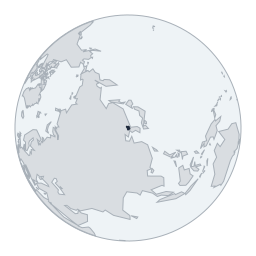 Chagang-do highlighted on a globe, orthographic projection, rotated 292°
{"feature_id": "PRK-3310", "entity_name": "Chagang-do", "entity_type": "Province", "adm_level": 1, "iso_a3": "PRK", "parent_name": "North Korea", "parent_adm1": "", "projection": "orthographic", "projection_center": [126.424, 40.896], "detail": "fine", "context": "on_globe", "style": "filled", "palette": "slate", "viewbox_px": 256, "rotation_deg": 292, "n_neighbors": 0, "source": "natural_earth", "source_scale": "10m", "svg_char_len": 11847}
<svg xmlns="http://www.w3.org/2000/svg" viewBox="0 0 256 256"><g transform="rotate(292 128 128)"><circle cx="128" cy="128" r="113" fill="#eef3f6" stroke="#a8b0b8"/><path d="M215.1,193.6L215.0,194.1L214.9,194.2L215.1,193.6ZM211.9,52.8L212.5,53.5L214.0,55.3L212.7,54.2L213.4,56.0L209.1,54.4L199.1,48.6L199.6,47.6L197.1,46.6L196.3,47.9L196.3,49.0L186.7,49.3L182.7,55.8L185.2,60.3L181.7,57.7L188.9,68.0L189.1,74.3L186.6,65.8L184.6,63.9L183.6,67.4L181.3,66.2L179.5,67.4L176.9,65.8L175.6,61.3L173.8,60.3L173.2,62.8L170.2,63.0L171.3,59.4L166.2,59.6L163.1,52.6L168.2,45.3L164.3,41.2L163.6,33.3L161.4,33.1L159.8,30.4L156.6,29.4L157.4,28.5L154.2,28.5L154.1,29.5L152.7,30.0L150.8,29.5L151.5,28.2L152.5,28.2L151.7,27.6L152.9,27.2L151.2,27.1L152.3,25.8L148.5,26.5L147.0,24.9L148.4,24.2L151.9,25.1L163.7,26.4L166.2,26.4L166.3,25.3L158.9,21.2L160.2,21.0L159.3,20.2L157.0,19.8L156.8,20.3L152.2,19.5L152.6,20.5L150.8,20.5L149.7,21.4L146.0,20.5L143.0,19.2L143.7,18.4L142.4,17.9L138.6,18.2L136.9,16.7L130.6,15.7L136.1,15.7L144.0,16.6L148.8,17.3L156.8,19.1L164.6,21.5L172.3,24.4L179.7,27.9L186.8,31.9L193.6,36.5L200.1,41.5L206.2,46.9L211.9,52.8ZM146.4,16.9L142.6,16.3L146.4,16.9ZM232.2,115.0L231.2,113.2L232.1,113.1L232.2,115.0ZM230.4,113.0L230.8,113.4L230.5,113.2L230.4,113.0ZM230.0,113.4L230.3,113.1L230.1,113.7L230.0,113.4ZM229.6,114.3L229.8,113.7L229.8,113.9L229.6,114.3ZM228.5,115.0L228.2,115.1L228.3,114.4L228.5,115.0ZM196.7,49.8L196.5,48.1L198.1,47.5L198.6,49.0L196.7,49.8ZM193.4,51.4L192.6,50.2L195.5,51.0L195.0,51.5L193.4,51.4ZM187.5,63.9L187.7,62.0L188.2,64.2L187.5,63.9ZM179.7,67.8L180.4,68.7L179.2,68.9L179.7,67.8ZM151.8,21.9L150.8,21.7L151.5,21.6L151.8,21.9ZM152.3,22.6L153.9,22.7L154.4,23.1L153.4,23.0L152.3,22.6ZM174.0,66.8L171.9,67.0L173.8,66.0L174.0,66.8ZM150.3,22.4L155.0,23.7L155.8,24.4L152.7,24.8L150.3,22.4ZM170.5,66.6L165.3,67.3L166.3,69.4L160.5,64.2L166.8,65.2L169.1,63.5L169.0,65.4L170.5,66.6ZM154.9,30.1L154.9,28.9L156.6,30.3L154.9,30.1ZM156.3,30.9L163.6,35.2L162.6,36.8L160.4,35.0L160.5,37.7L156.5,36.4L155.5,34.6L156.9,33.7L154.3,34.0L156.3,30.9ZM158.2,61.4L156.7,61.0L158.0,60.6L158.2,61.4ZM152.2,30.2L153.8,30.9L153.1,32.3L149.8,31.4L151.1,31.2L152.2,30.2ZM162.5,39.1L161.4,40.1L157.8,39.3L156.9,39.6L156.3,36.5L162.5,39.1ZM150.3,30.6L148.2,30.9L146.8,29.8L150.7,29.8L150.3,30.6ZM154.2,33.2L153.7,33.9L153.0,33.1L154.2,33.2ZM140.8,26.6L142.7,27.1L142.5,27.9L140.8,26.6ZM147.5,31.0L147.9,31.4L148.1,31.8L146.4,31.8L147.5,31.0ZM153.8,36.2L152.5,35.7L153.9,37.5L151.2,37.1L151.3,35.1L150.1,35.8L149.3,35.7L150.3,34.2L153.8,36.2ZM145.1,33.0L144.3,30.6L140.9,29.4L141.0,28.6L146.5,30.8L145.1,33.0ZM148.1,33.8L146.3,33.1L147.3,32.4L149.2,32.5L148.1,33.8ZM149.4,37.6L153.4,38.7L153.3,39.1L149.4,37.6ZM143.9,32.8L144.1,33.4L143.6,32.8L143.9,32.8ZM147.5,36.2L148.9,36.5L148.7,37.0L147.5,36.2ZM143.4,34.4L143.1,33.6L144.4,33.5L143.4,34.4ZM145.1,35.3L144.5,35.9L145.0,34.0L145.8,35.4L145.1,35.3ZM147.0,36.6L147.4,37.0L146.5,36.4L147.0,36.6ZM138.7,35.1L139.1,32.8L141.9,32.7L141.2,34.9L138.7,35.1ZM55.5,41.8L48.2,49.8L46.6,51.7L43.9,53.7L35.1,66.1L36.5,65.9L32.1,76.0L31.5,81.3L37.6,76.9L38.7,68.1L42.4,63.7L44.4,68.2L44.0,76.5L45.5,75.1L48.7,67.8L51.6,67.8L50.2,65.2L48.5,67.6L47.5,66.1L49.0,63.9L50.0,63.9L51.0,61.1L46.0,62.1L43.8,64.7L44.5,59.6L40.9,63.5L40.0,63.2L45.8,56.5L47.5,55.4L55.8,46.7L54.0,47.4L46.1,55.7L47.2,54.0L44.7,55.4L47.5,53.0L56.6,44.1L59.2,40.3L57.4,40.3L58.3,39.5L67.1,33.3L70.6,31.2L64.0,36.3L66.0,35.5L71.9,32.1L69.4,34.1L71.0,33.4L68.9,35.5L70.5,36.6L69.0,38.7L73.9,37.8L73.9,38.8L71.0,39.0L68.2,40.5L65.3,46.4L65.9,47.1L69.4,46.1L68.1,48.0L71.8,46.3L72.2,49.6L74.8,44.3L78.9,43.5L81.5,44.8L83.3,43.7L79.1,41.5L77.0,41.6L74.5,43.1L69.2,42.9L69.3,41.2L76.6,38.2L77.6,35.7L82.8,34.8L90.9,40.5L92.0,44.0L85.0,51.6L82.2,51.2L83.4,48.2L78.4,51.9L80.7,51.2L79.6,52.9L83.3,52.8L82.7,54.1L87.2,52.0L86.9,53.6L84.1,54.9L89.2,56.5L89.8,59.8L91.2,59.6L92.6,58.5L92.4,63.6L93.5,63.3L93.9,61.4L96.4,59.6L100.6,58.4L100.3,60.3L98.7,60.9L95.0,65.3L90.9,67.0L91.2,67.6L94.7,66.6L99.3,61.3L101.9,60.1L100.1,62.7L101.0,61.7L102.2,61.7L103.1,63.5L105.2,60.7L119.0,59.4L122.1,63.1L119.0,65.3L128.3,67.2L131.1,71.8L131.6,70.0L136.3,70.0L135.5,68.6L136.1,67.7L147.9,67.9L150.4,69.6L156.0,68.2L156.2,67.4L154.7,66.0L160.5,64.2L166.3,69.4L165.5,71.0L169.7,73.3L167.3,76.8L167.2,81.0L162.1,83.9L162.5,87.2L164.1,87.7L165.8,92.9L163.8,101.9L158.4,92.0L160.0,79.2L158.7,84.0L156.9,82.3L155.2,83.7L154.5,87.3L155.7,88.1L143.8,91.5L137.8,100.6L143.4,100.9L145.8,104.3L143.9,116.3L129.7,130.2L132.8,136.0L132.3,139.3L128.1,140.8L128.7,135.9L125.4,133.5L126.3,130.6L119.8,131.7L120.9,127.7L115.3,130.7L116.3,134.3L121.7,134.6L116.3,139.3L120.5,145.8L119.8,152.5L109.0,161.9L99.7,163.1L98.9,164.9L95.8,161.7L90.8,164.2L95.8,176.8L95.3,179.8L87.6,183.2L87.6,181.0L79.4,172.6L77.2,179.1L83.4,187.1L85.5,194.3L80.4,190.6L78.3,184.1L75.5,180.9L76.8,175.1L75.3,164.8L70.3,164.4L71.1,160.7L68.4,150.8L61.4,149.8L49.9,153.9L47.5,162.6L44.0,164.2L41.6,147.3L43.4,137.6L40.8,136.2L39.9,124.7L33.3,114.8L33.9,111.7L32.3,110.8L31.9,105.2L33.4,100.3L32.4,98.3L28.8,111.2L30.0,113.5L33.2,112.7L31.7,116.5L32.4,122.8L26.2,125.5L18.9,118.2L20.8,111.1L28.6,85.9L29.9,84.6L30.0,84.4L30.3,83.9L28.3,85.6L30.5,81.2L23.6,96.6L21.3,102.1L18.8,118.4L18.4,118.6L18.4,122.9L21.4,128.5L20.9,130.6L17.8,136.2L15.8,138.3L15.4,130.0L15.5,121.7L16.3,113.4L17.7,105.1L19.7,97.0L22.3,89.1L25.5,81.4L29.2,73.9L33.5,66.7L38.3,59.9L43.5,53.5L49.3,47.4L55.5,41.8ZM40.9,89.0L42.4,94.2L46.3,88.1L47.2,89.7L48.2,87.2L46.6,87.7L49.7,81.2L52.0,82.4L54.2,80.3L53.8,78.5L49.1,77.6L44.6,86.6L42.3,87.0L40.9,89.0ZM134.3,15.5L130.8,15.5L132.1,15.4L129.9,15.4L134.3,15.5ZM141.3,16.2L138.6,15.9L141.8,16.2L141.3,16.2ZM81.7,28.9L79.5,30.0L78.2,30.0L80.0,28.1L82.0,27.9L81.7,28.9ZM76.8,31.6L83.6,29.5L82.7,30.9L82.0,30.5L80.8,31.6L79.4,31.2L72.0,34.8L70.3,35.1L74.5,30.9L74.1,32.0L76.2,30.7L76.8,31.6ZM102.4,24.1L105.3,23.9L99.6,27.1L97.6,27.0L99.2,24.8L102.7,23.7L102.4,24.1ZM143.9,23.1L145.4,23.2L145.2,23.5L143.8,23.7L143.9,23.1ZM141.7,26.7L137.3,22.9L138.7,22.8L134.4,21.0L136.5,20.2L139.3,21.3L137.7,19.5L141.1,20.2L139.6,19.0L145.5,21.6L148.4,22.4L144.3,21.8L142.2,22.5L142.2,23.1L144.4,25.3L149.7,27.6L148.5,28.9L146.2,29.2L144.8,28.8L146.0,28.1L143.2,28.2L143.8,26.8L141.7,26.7ZM120.3,35.7L122.4,34.3L116.7,35.5L117.4,33.6L116.7,33.9L115.8,32.5L113.4,31.5L114.2,30.7L113.0,30.6L112.3,29.8L110.9,29.5L111.8,28.1L110.1,27.7L111.5,27.3L108.3,26.9L111.1,26.6L110.6,25.7L108.2,26.5L116.9,20.8L118.4,19.1L118.1,18.0L122.9,17.9L126.3,19.0L128.3,20.9L126.2,22.7L128.8,22.5L128.5,23.4L126.6,23.2L129.4,24.0L128.7,24.7L130.5,27.2L135.0,28.2L135.8,29.3L133.6,29.2L135.9,30.3L132.4,31.0L132.8,31.9L129.8,33.5L125.4,33.2L126.3,34.2L124.0,35.6L120.3,35.7ZM137.8,35.5L132.4,35.2L130.1,34.2L136.3,31.8L136.3,30.9L140.2,29.6L143.5,31.2L142.0,31.4L141.4,32.0L140.7,31.3L140.8,32.3L138.9,32.7L138.5,33.7L136.8,33.3L137.8,35.5ZM47.0,52.0L46.1,53.1L45.3,54.6L43.8,55.7L47.0,52.0ZM53.1,45.8L52.6,46.5L50.0,48.5L50.9,47.4L53.1,45.8ZM54.6,45.4L52.8,46.4L54.3,45.2L54.6,45.4ZM70.8,39.7L70.6,40.6L69.8,41.0L68.8,40.9L70.8,39.7ZM103.7,39.5L105.3,38.7L105.8,39.0L109.8,38.4L109.6,39.9L107.1,40.8L103.7,39.5ZM36.5,76.4L35.4,76.0L36.1,74.7L36.3,75.0L36.5,76.4ZM38.8,65.1L37.2,68.4L38.4,65.4L38.8,65.1ZM104.2,41.0L105.9,40.6L104.8,41.6L104.2,41.0ZM109.7,41.0L108.8,42.1L110.1,40.0L109.7,41.0ZM20.8,162.7L20.6,161.7L22.6,167.6L22.7,167.9L20.8,162.7ZM113.6,214.2L117.1,215.0L117.0,215.3L113.6,214.2ZM109.9,212.5L113.9,213.2L109.3,213.2L109.9,212.5ZM115.4,213.4L119.4,213.3L121.2,212.9L120.9,213.6L115.4,213.4ZM107.3,212.1L93.2,208.9L87.8,206.5L89.0,205.5L97.8,208.1L107.3,212.1ZM88.6,205.3L80.4,198.9L70.0,182.7L73.7,184.5L84.7,195.9L84.0,196.9L88.9,201.6L88.6,205.3ZM108.7,202.8L108.0,206.3L100.1,204.5L96.6,203.1L94.2,197.7L95.5,195.6L98.4,196.4L109.9,190.0L113.9,192.8L110.2,195.9L113.4,199.8L108.7,202.8ZM47.8,163.7L49.2,170.4L47.3,170.0L47.8,163.7ZM115.0,184.4L110.1,187.6L114.7,183.0L115.0,184.4ZM118.0,179.7L118.1,181.8L116.4,179.5L118.0,179.7ZM98.4,167.9L95.4,167.6L95.5,166.0L99.5,165.5L98.4,167.9ZM119.3,158.0L118.5,162.7L117.7,164.2L116.6,161.2L119.3,158.0ZM105.2,54.5L99.8,53.5L95.7,54.1L93.3,56.4L94.4,52.9L100.6,52.0L105.2,54.5ZM117.3,58.5L119.4,56.7L120.1,58.0L119.7,58.5L117.3,58.5ZM117.5,57.1L117.1,54.2L119.3,53.5L119.2,55.9L117.5,57.1ZM110.4,47.1L108.8,46.6L109.8,45.8L110.4,47.1ZM155.4,237.0L154.8,236.6L159.7,235.5L158.1,236.3L155.4,237.0ZM194.5,218.9L194.8,218.7L195.5,218.0L194.5,218.9ZM136.2,235.1L114.5,236.6L109.6,235.6L110.4,234.7L105.1,230.0L106.7,230.3L105.1,227.0L117.7,225.8L126.6,220.4L134.1,221.1L139.4,216.4L147.3,216.6L145.2,220.4L153.6,222.1L158.7,213.4L164.4,221.2L170.9,222.6L173.3,226.0L163.8,233.4L157.8,235.5L156.4,235.4L153.9,236.3L149.8,236.8L147.0,235.7L144.6,236.4L146.7,234.9L143.4,236.4L141.0,235.4L136.2,235.1ZM192.5,212.1L193.8,211.8L196.0,211.9L193.9,212.7L192.5,212.1ZM211.8,197.5L212.5,197.5L211.1,198.7L211.8,197.5ZM214.9,194.2L213.2,195.7L215.1,193.6L214.9,194.2ZM198.8,205.0L199.5,205.2L198.9,205.6L198.8,205.0ZM198.2,205.1L198.9,204.0L198.9,204.8L198.2,205.1ZM191.9,203.1L192.6,202.4L193.0,202.6L191.9,203.1ZM122.3,215.6L127.1,213.4L129.8,213.4L122.3,215.6ZM190.7,202.5L188.8,203.1L189.0,202.5L190.7,202.5ZM190.8,201.3L190.6,200.7L191.8,201.9L190.8,201.3ZM187.1,200.9L189.5,201.5L186.8,201.2L187.1,200.9ZM185.7,201.5L184.0,201.4L184.1,201.2L185.7,201.5ZM167.3,206.5L173.5,209.7L168.6,210.5L163.1,208.7L159.0,211.7L149.6,212.0L151.7,210.3L150.4,207.9L140.8,207.2L138.9,205.5L142.2,204.4L136.0,202.9L142.8,202.3L145.7,205.7L149.5,202.9L156.3,203.2L163.0,203.6L168.5,205.4L167.3,206.5ZM143.0,209.8L144.2,209.8L143.2,210.8L143.0,209.8ZM180.8,200.4L183.3,201.4L183.0,201.9L181.8,201.9L180.8,200.4ZM169.8,204.6L175.7,200.8L177.1,200.5L173.2,204.4L169.8,204.6ZM174.2,199.2L177.0,199.1L178.5,200.3L177.9,200.9L174.2,199.2ZM129.1,206.3L128.9,207.2L127.1,206.3L129.1,206.3ZM131.4,205.8L136.6,207.1L130.9,206.6L131.4,205.8ZM115.8,201.0L117.2,203.5L121.9,202.5L118.4,204.3L121.6,208.3L120.6,209.6L117.3,205.2L116.3,209.2L114.2,208.8L113.0,205.2L115.1,201.0L117.1,199.4L125.7,199.6L115.8,201.0ZM131.3,203.0L129.9,200.2L131.0,198.4L132.5,200.0L131.3,203.0ZM126.0,193.1L122.5,189.4L119.2,190.3L126.0,186.2L128.2,190.5L126.0,193.1ZM123.3,185.3L120.2,186.1L123.5,183.7L123.3,185.3ZM119.5,184.9L119.3,182.4L121.6,183.0L119.5,184.9ZM124.9,185.6L125.7,181.5L126.8,184.1L124.9,185.6ZM118.7,176.7L123.5,181.4L117.0,178.8L117.4,170.6L120.2,170.8L118.7,176.7ZM138.9,143.6L138.6,141.0L141.3,140.6L140.8,142.5L138.9,143.6ZM150.0,137.6L142.0,139.7L135.4,141.6L137.2,142.9L135.2,147.1L132.9,142.8L137.9,138.4L142.7,137.8L144.0,134.1L147.9,131.8L147.9,127.1L149.8,125.2L151.3,129.3L150.0,137.6ZM147.7,125.1L149.1,117.0L154.1,118.3L154.9,120.4L152.1,123.5L149.7,122.6L147.7,125.1ZM150.9,115.5L148.6,114.6L145.7,102.2L146.3,100.0L151.1,109.7L149.2,109.5L149.0,112.4L150.9,115.5ZM156.9,62.1L156.7,61.1L157.8,62.0L156.9,62.1ZM135.5,66.9L136.4,66.0L137.6,66.8L135.5,66.9ZM139.7,63.8L137.7,63.5L139.9,63.0L139.7,63.8ZM133.3,63.0L137.0,63.0L133.2,64.1L133.3,63.0Z" fill="#d9dde1" stroke="#a8b0b8" stroke-width="1"/><path d="M128.7,126.2L128.8,126.2L128.8,126.3L128.8,126.5L128.7,126.7L128.7,126.8L128.8,126.9L128.7,126.9L128.7,127.0L128.8,127.0L128.9,127.3L128.9,127.5L129.0,127.6L129.3,127.5L129.3,127.4L129.4,127.5L129.4,127.8L129.3,128.0L129.4,128.3L129.2,128.3L129.1,128.5L128.9,128.6L128.8,128.8L128.7,129.0L128.6,129.3L128.4,129.4L128.4,129.5L128.2,129.6L128.0,129.8L127.9,129.7L127.7,129.7L127.4,129.4L127.2,129.3L126.9,129.2L126.7,129.0L126.7,128.9L126.8,128.8L126.8,128.7L126.7,128.6L126.5,128.4L126.7,128.2L126.8,128.2L126.8,128.3L126.9,128.2L127.0,128.1L127.3,128.0L127.4,127.9L127.5,127.9L127.5,127.7L127.8,127.5L127.8,127.4L127.9,127.2L128.0,127.2L128.1,126.9L128.2,126.7L128.3,126.5L128.4,126.4L128.5,126.4L128.7,126.2L128.7,126.2Z" fill="#64748b" stroke="#1e293b" stroke-width="1.5"/></g></svg>